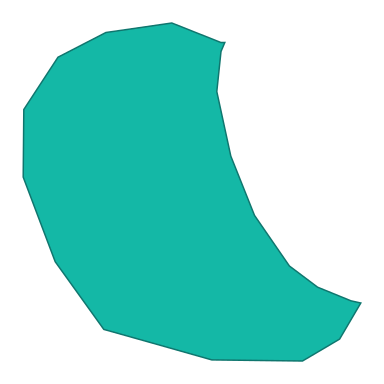 outline of Taean, P'yŏngan-namdo, North Korea
{"feature_id": "82179303B55886689837874", "entity_name": "Taean", "entity_type": "district", "adm_level": 2, "iso_a3": "PRK", "parent_name": "North Korea", "parent_adm1": "P'yŏngan-namdo", "projection": "natural_earth1", "projection_center": [125.517, 38.825], "detail": "fine", "context": "isolated", "style": "filled", "palette": "teal", "viewbox_px": 384, "rotation_deg": 0, "n_neighbors": 0, "source": "geoboundaries", "source_scale": "gbopen_adm2", "svg_char_len": 384}
<svg xmlns="http://www.w3.org/2000/svg" viewBox="0 0 384 384"><path d="M224.8,42.5L220.9,42.5L171.8,23.0L105.9,32.5L58.0,57.2L23.8,109.5L23.2,177.1L55.2,261.7L103.8,329.4L151.8,342.9L211.8,359.9L302.5,361.0L339.6,339.1L360.8,303.0L350.9,300.8L317.6,287.2L289.4,266.0L254.5,215.4L230.8,156.1L216.8,91.6L221.0,51.5L224.8,42.5Z" fill="#14b8a6" stroke="#0f766e" stroke-width="1.5"/></svg>